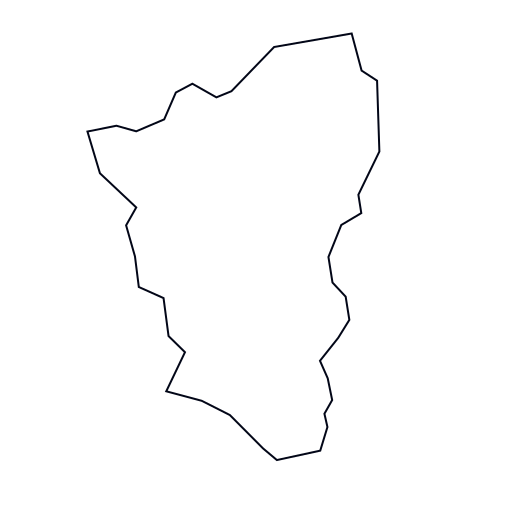 outline of Kolonjë, Korçë, Albania, rotated 351°
{"feature_id": "67620474B91947048364679", "entity_name": "Kolonjë", "entity_type": "district", "adm_level": 2, "iso_a3": "ALB", "parent_name": "Albania", "parent_adm1": "Korçë", "projection": "natural_earth1", "projection_center": [20.638, 40.285], "detail": "fine", "context": "isolated", "style": "outline", "palette": "ink", "viewbox_px": 512, "rotation_deg": 351, "n_neighbors": 0, "source": "geoboundaries", "source_scale": "gbopen_adm2", "svg_char_len": 651}
<svg xmlns="http://www.w3.org/2000/svg" viewBox="0 0 512 512"><g transform="rotate(351 256 256)"><path d="M109.0,106.7L114.8,149.9L145.3,189.3L132.5,205.4L136.4,237.5L135.4,268.3L158.1,283.1L157.1,321.4L170.8,339.9L146.2,375.6L179.7,390.5L205.3,409.0L232.9,447.2L244.7,460.8L289.0,458.3L299.8,436.1L298.9,422.5L308.7,410.2L307.7,388.0L302.8,369.5L324.4,349.7L338.2,333.7L338.2,310.2L327.4,294.2L327.4,268.3L345.1,238.7L366.7,230.1L366.7,211.5L394.2,172.1L403.0,101.8L389.3,89.4L385.3,51.2L306.6,52.4L257.5,89.4L241.7,93.1L220.1,75.9L202.4,82.0L186.7,106.7L157.2,114.1L138.5,105.5L109.0,106.7Z" fill="none" stroke="#020617" stroke-width="2"/></g></svg>